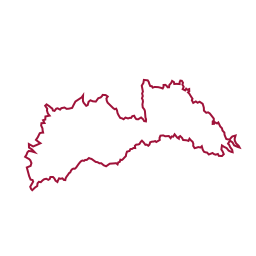 Sertão, Rio Grande do Sul, Brazil, rotated 170°
{"feature_id": "56859067B36736749434356", "entity_name": "Sertão", "entity_type": "district", "adm_level": 2, "iso_a3": "BRA", "parent_name": "Brazil", "parent_adm1": "Rio Grande do Sul", "projection": "equal_earth", "projection_center": [-52.342, -28.013], "detail": "fine", "context": "isolated", "style": "outline", "palette": "rose", "viewbox_px": 256, "rotation_deg": 170, "n_neighbors": 0, "source": "geoboundaries", "source_scale": "gbopen_adm2", "svg_char_len": 4007}
<svg xmlns="http://www.w3.org/2000/svg" viewBox="0 0 256 256"><g transform="rotate(170 128 128)"><path d="M233.1,83.4L231.7,84.3L229.8,85.6L227.5,86.6L226.7,89.2L225.1,90.5L223.3,89.8L221.3,91.2L219.5,92.1L217.3,92.2L215.5,90.8L213.9,91.4L213.0,93.2L210.4,92.8L209.3,91.2L208.5,88.7L206.9,87.1L206.0,88.6L204.6,90.4L203.2,89.7L201.3,89.8L200.2,88.0L198.8,87.6L198.2,89.2L197.1,90.6L195.3,92.3L193.9,93.8L192.6,94.3L191.6,95.8L190.5,96.9L188.9,97.5L187.5,97.1L186.0,98.0L184.5,99.5L182.9,101.1L181.2,102.6L179.9,103.5L178.6,103.9L177.0,103.3L175.7,104.0L174.2,103.7L171.7,105.2L170.5,104.4L169.3,103.9L165.7,100.2L163.9,99.6L162.3,98.2L160.4,97.9L158.4,95.5L156.2,94.1L152.2,96.0L148.2,95.6L145.8,95.4L144.6,94.0L143.6,95.8L142.0,96.1L141.0,98.1L139.7,97.5L138.5,98.1L136.7,99.5L135.0,100.7L134.4,102.5L133.1,104.9L130.5,105.1L129.3,106.8L127.5,106.7L126.1,107.4L124.4,107.0L124.3,109.3L122.8,110.2L121.0,110.0L119.6,110.2L117.7,112.3L116.5,113.1L115.2,111.2L113.8,108.4L112.5,108.4L111.1,107.0L109.8,107.9L108.6,110.1L106.8,110.4L105.0,110.2L103.5,110.4L102.6,109.3L98.8,110.7L98.7,112.7L97.4,114.8L94.6,114.6L92.8,113.4L91.0,113.2L89.2,113.0L87.8,110.6L86.5,112.1L85.0,111.6L83.2,113.7L81.2,110.0L79.8,108.7L79.4,110.3L78.0,111.0L76.4,108.7L75.8,106.6L73.8,106.1L72.1,105.6L70.7,104.8L69.3,106.8L68.0,104.7L66.8,103.3L66.4,101.1L66.9,99.1L65.9,96.6L64.1,96.7L62.1,97.0L60.0,96.2L58.5,97.2L58.2,93.9L57.3,91.4L55.9,90.6L54.4,90.1L53.0,87.9L50.5,88.4L49.1,88.7L47.8,87.3L46.3,86.5L44.0,86.8L43.4,84.8L40.3,84.1L38.2,85.6L38.9,88.5L39.8,90.6L38.5,94.5L36.6,92.7L34.4,91.1L32.8,88.2L30.5,86.6L29.2,86.0L29.2,88.4L30.7,91.4L31.3,93.9L32.2,95.2L30.8,96.8L29.3,97.4L27.6,95.7L26.5,92.5L23.4,90.4L21.5,89.4L22.0,91.0L23.1,92.6L24.2,94.0L25.0,96.8L24.9,98.7L23.4,101.9L25.2,101.7L26.6,101.6L28.0,100.7L29.8,99.0L31.5,99.4L33.1,100.1L33.7,102.5L34.1,104.6L33.9,106.8L35.4,109.1L35.5,111.4L36.9,113.5L38.1,117.8L39.5,117.0L41.6,118.7L42.4,117.2L43.9,117.3L43.4,119.8L42.2,120.4L41.9,122.4L44.0,126.4L45.0,128.2L46.4,129.5L48.3,129.4L50.2,131.9L49.8,134.8L50.0,136.8L50.3,138.9L52.9,141.4L55.1,140.8L56.6,142.4L59.4,141.4L60.3,144.3L59.4,145.6L60.3,147.7L61.0,149.4L61.6,151.0L62.7,152.7L61.3,153.5L61.0,155.7L62.9,155.3L63.9,156.6L65.2,155.1L67.4,156.8L66.0,158.9L66.9,161.3L66.0,163.0L66.8,165.1L68.2,165.6L69.2,164.2L69.5,162.3L72.7,163.1L74.8,163.3L74.8,165.2L76.4,166.7L77.7,164.8L79.8,163.2L80.5,161.0L81.9,161.2L82.6,162.7L83.7,164.0L85.5,164.2L85.9,162.3L87.0,160.9L88.7,161.9L91.2,163.0L94.7,163.8L96.7,163.5L97.3,165.1L98.8,165.4L99.4,168.0L99.6,169.8L100.3,171.5L104.0,172.6L105.0,169.7L107.1,167.3L107.0,161.3L108.1,159.5L107.9,156.9L109.1,154.8L108.6,153.1L108.7,151.4L109.7,148.8L109.9,145.7L108.7,143.4L108.4,141.7L109.0,135.3L108.7,133.5L109.2,131.4L110.9,132.0L111.5,133.8L113.3,136.1L116.5,134.8L118.3,135.3L119.2,137.0L119.8,139.0L121.7,138.9L123.2,137.4L124.7,137.7L126.3,137.4L128.7,138.7L130.8,137.4L132.3,138.6L133.9,139.3L135.0,142.0L135.7,144.4L135.8,147.3L136.3,149.1L137.8,148.8L139.1,150.1L143.7,156.5L144.2,158.7L144.1,160.9L142.5,162.5L144.3,164.3L147.2,165.0L148.1,163.9L149.7,162.8L152.1,162.5L155.1,159.6L158.0,160.4L160.2,161.8L162.3,160.6L163.7,157.6L165.3,157.1L167.3,160.6L167.7,162.3L167.3,164.8L166.6,167.9L168.3,166.2L175.2,163.2L177.9,159.7L179.5,157.5L182.9,157.3L185.1,157.5L187.0,159.2L190.2,159.1L191.7,157.9L193.9,159.6L195.3,159.5L197.4,157.6L198.9,158.3L199.2,160.3L200.4,161.5L201.5,162.9L204.1,165.4L205.7,164.3L204.2,161.0L204.8,159.4L204.4,156.2L203.1,153.8L207.3,153.7L208.0,150.7L210.3,150.4L209.4,147.4L212.4,147.8L213.1,145.5L212.3,142.5L212.5,140.5L212.4,138.2L213.9,138.4L215.8,138.2L218.5,134.5L220.7,132.3L218.8,130.1L216.9,128.2L220.7,127.2L224.6,126.3L228.4,129.4L228.9,125.9L226.3,123.6L224.1,120.3L227.3,121.9L229.8,122.6L231.3,121.5L232.6,119.3L234.3,117.5L230.7,114.5L229.8,113.1L229.2,110.2L230.5,107.6L234.5,106.7L233.7,97.8L232.9,94.1L231.0,93.3L230.7,91.7L234.5,87.1L234.0,84.8L233.1,83.4Z" fill="none" stroke="#9f1239" stroke-width="2"/></g></svg>